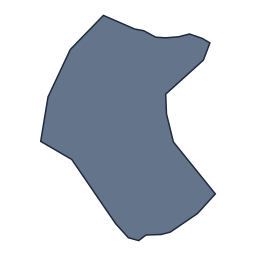 an SVG outline of Benedikt
{"feature_id": "SVN-199", "entity_name": "Benedikt", "entity_type": "Municipality", "adm_level": 1, "iso_a3": "SVN", "parent_name": "Slovenia", "parent_adm1": "", "projection": "albers", "projection_center": [15.906, 46.615], "detail": "fine", "context": "isolated", "style": "filled", "palette": "slate", "viewbox_px": 256, "rotation_deg": 0, "n_neighbors": 0, "source": "natural_earth", "source_scale": "10m", "svg_char_len": 427}
<svg xmlns="http://www.w3.org/2000/svg" viewBox="0 0 256 256"><path d="M138.7,240.6L128.3,237.7L115.6,223.6L71.8,159.5L40.7,141.4L48.0,97.0L70.3,49.5L103.4,15.4L134.5,29.0L143.7,30.7L155.7,37.2L165.7,37.8L178.4,36.8L189.5,34.0L202.2,38.4L209.9,42.9L203.4,60.1L165.7,94.1L166.5,114.0L173.4,142.0L215.3,193.9L197.6,213.4L170.3,232.1L161.1,234.5L146.0,235.0L138.7,240.6Z" fill="#64748b" stroke="#1e293b" stroke-width="1.5"/></svg>